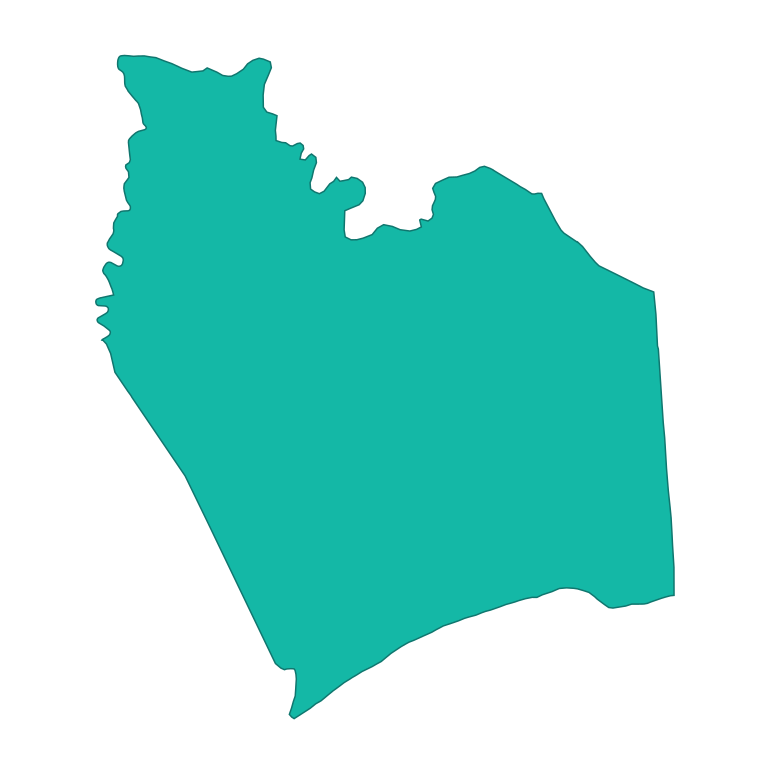 La Libertad, Santa Elena, Ecuador (orthographic projection), rotated 179°
{"feature_id": "8360857B88993978002865", "entity_name": "La Libertad", "entity_type": "district", "adm_level": 2, "iso_a3": "ECU", "parent_name": "Ecuador", "parent_adm1": "Santa Elena", "projection": "orthographic", "projection_center": [-80.886, -2.24], "detail": "fine", "context": "isolated", "style": "filled", "palette": "teal", "viewbox_px": 768, "rotation_deg": 179, "n_neighbors": 0, "source": "geoboundaries", "source_scale": "gbopen_adm2", "svg_char_len": 5277}
<svg xmlns="http://www.w3.org/2000/svg" viewBox="0 0 768 768"><g transform="rotate(179 384 384)"><path d="M644.8,708.3L644.6,705.8L644.1,704.3L643.4,703.2L641.1,701.6L639.7,700.4L638.7,698.7L638.1,696.4L638.0,693.7L638.0,690.0L637.9,688.5L637.5,686.3L635.1,682.2L635.0,681.9L634.6,681.1L632.6,678.6L630.9,676.4L627.0,671.6L626.6,671.4L624.6,668.8L622.6,662.5L621.9,658.3L621.7,657.3L621.0,654.4L620.6,651.0L620.5,650.0L620.4,649.3L619.8,648.1L617.9,646.0L617.5,645.3L617.3,644.8L617.2,644.2L617.4,643.6L617.8,643.1L618.5,642.6L619.8,642.2L625.0,640.9L626.4,640.2L627.7,639.5L628.6,638.8L631.5,636.4L634.0,633.8L635.1,632.1L635.3,630.0L634.3,618.3L633.7,612.6L634.8,609.8L638.3,607.5L638.6,605.8L638.2,604.1L635.8,600.7L635.4,595.0L637.0,592.8L639.1,590.1L640.1,588.8L640.5,586.6L640.7,584.3L640.3,581.1L638.3,572.3L637.0,569.9L635.0,567.0L634.5,565.8L634.5,564.8L634.6,563.4L635.4,562.1L637.1,561.6L638.2,561.6L641.5,561.5L644.0,561.1L646.4,559.4L647.0,559.0L647.5,558.0L647.5,556.3L649.7,552.8L651.3,549.9L651.4,549.6L651.7,546.3L651.8,544.2L651.6,543.5L651.5,541.8L651.8,540.5L652.2,539.0L653.5,537.1L655.9,533.8L657.3,531.2L658.1,529.9L658.3,528.8L658.2,527.2L657.7,525.9L656.7,524.1L655.0,522.7L653.2,521.7L644.5,516.3L643.5,515.3L642.9,514.5L642.6,513.5L642.5,512.3L642.7,511.4L643.1,509.7L643.5,508.4L644.4,507.2L645.0,506.8L646.0,506.4L647.3,506.3L648.5,506.6L655.0,510.3L656.9,510.6L658.5,510.1L659.9,508.9L662.0,505.8L662.5,504.7L663.2,502.6L663.0,501.3L662.2,499.4L660.5,497.5L659.3,495.6L657.8,492.8L656.8,490.4L655.2,485.9L654.3,483.7L653.3,480.0L652.8,477.7L666.4,475.0L668.1,474.4L669.2,473.9L669.8,473.6L670.0,473.3L670.4,472.8L670.5,472.2L670.7,471.4L670.6,470.3L670.4,469.4L670.2,468.9L669.6,468.2L669.1,467.8L668.3,467.4L662.0,466.9L660.7,466.7L659.8,466.3L658.8,465.3L658.5,464.8L658.3,464.2L658.3,463.3L658.4,462.5L658.8,461.4L659.3,460.6L660.1,459.9L661.3,459.1L668.4,455.2L669.0,454.7L669.3,454.2L669.6,453.7L669.7,453.2L669.6,452.2L669.1,451.1L668.7,450.6L668.1,450.1L663.0,446.9L658.0,442.8L657.4,442.2L657.0,441.6L656.8,441.2L656.7,440.5L656.9,439.4L657.4,438.2L657.8,437.7L659.6,436.3L662.4,434.7L664.3,433.7L664.9,433.4L665.3,432.8L664.1,432.5L660.8,428.8L656.8,419.3L652.8,400.4L640.2,381.1L637.3,377.0L636.1,374.8L584.4,295.5L562.9,249.2L497.4,106.4L492.0,101.7L488.5,100.1L486.2,100.8L482.1,101.0L479.0,100.8L477.9,99.3L477.1,95.3L476.8,90.5L477.1,86.9L477.5,81.6L478.2,73.6L480.1,68.3L482.1,61.6L484.4,55.3L482.1,52.6L479.7,51.0L463.4,61.1L457.9,65.4L452.4,68.4L445.7,73.8L440.3,78.1L436.0,81.1L431.7,84.2L429.3,86.0L426.3,87.8L423.2,89.6L421.4,90.8L415.9,93.9L411.0,96.9L400.7,101.7L396.4,104.1L391.6,106.6L387.9,109.6L381.8,114.5L371.5,121.1L367.2,123.5L363.6,125.4L358.7,127.2L349.0,131.4L344.7,133.2L340.5,135.0L336.2,137.4L332.6,139.2L328.9,141.1L319.2,144.1L313.7,145.9L307.6,148.3L303.4,149.5L296.1,151.3L290.0,153.7L286.4,154.9L281.5,156.1L272.4,159.1L265.7,161.5L260.9,162.7L256.6,163.9L253.0,165.1L246.3,166.9L239.6,168.1L234.8,168.0L229.3,170.5L219.6,173.5L215.3,175.3L212.3,176.5L205.0,177.0L197.7,176.4L194.1,175.8L188.0,173.9L182.6,172.0L177.1,167.7L174.7,165.3L167.5,159.7L163.2,156.6L159.0,156.0L150.5,157.2L146.2,157.8L140.2,159.6L133.5,159.5L128.0,159.5L124.4,160.1L121.4,161.3L115.9,163.1L110.4,164.9L106.2,166.1L101.3,167.3L97.7,167.6L97.7,167.8L97.3,195.6L98.3,217.7L98.7,230.1L99.3,245.3L100.1,255.5L101.6,272.4L103.0,294.4L104.3,325.2L105.5,341.0L106.7,365.3L108.0,392.1L109.1,414.2L109.9,417.2L110.9,448.8L112.7,471.3L123.1,475.5L131.3,479.9L149.9,489.6L167.0,498.4L170.6,502.0L175.5,507.9L183.1,518.0L188.6,523.2L187.8,522.1L201.5,531.7L204.4,534.9L209.5,543.7L221.0,566.6L223.0,571.6L223.1,571.8L226.8,572.0L230.3,571.3L232.8,571.5L235.0,573.0L239.2,576.0L244.4,579.0L247.7,581.3L265.7,592.5L270.9,595.8L271.0,596.0L271.5,596.3L274.1,597.7L279.8,599.9L284.5,598.9L289.4,595.4L294.9,593.0L302.1,591.2L307.5,589.7L315.4,589.6L321.8,586.9L329.0,583.6L331.9,578.8L330.7,574.8L330.6,574.6L329.1,570.7L329.4,567.7L330.9,564.4L332.4,561.4L332.9,557.4L331.6,552.7L333.1,549.0L337.1,546.2L344.0,548.2L345.3,547.5L345.4,547.2L343.9,540.4L348.8,538.0L355.5,536.5L365.2,538.0L372.9,541.4L381.6,543.3L387.9,539.9L393.2,533.6L402.3,530.2L408.6,528.7L414.4,528.7L420.2,531.7L421.2,538.9L420.7,548.2L420.2,557.9L414.4,560.3L405.7,563.7L401.9,567.6L399.4,574.9L399.4,580.7L401.9,586.1L407.2,590.0L413.0,591.4L415.8,589.0L421.2,588.0L424.5,587.5L427.9,591.4L430.8,587.5L434.7,585.1L440.5,577.8L445.3,575.4L450.1,577.3L454.0,580.2L454.4,586.5L452.5,591.4L450.6,599.2L447.7,606.5L448.2,611.8L452.5,615.2L454.9,613.7L458.8,609.4L464.1,610.3L462.7,616.2L460.2,620.5L460.7,623.9L463.6,626.4L466.5,625.9L471.3,623.5L473.8,623.9L478.1,626.9L482.0,627.3L487.7,629.3L487.7,633.7L488.2,639.5L486.3,654.1L490.6,656.0L496.4,657.9L499.8,662.8L499.8,675.0L498.4,685.6L494.0,695.4L491.1,702.2L492.1,708.0L498.8,710.9L503.2,711.9L509.5,709.9L514.8,706.5L519.1,701.2L525.9,696.8L531.2,694.4L534.6,694.4L539.9,695.3L545.6,698.7L555.3,703.1L559.6,700.2L564.9,699.7L570.7,699.2L580.4,703.1L590.5,708.0L598.2,710.9L606.4,714.3L612.0,715.1L617.9,716.2L624.3,716.2L628.7,716.0L633.4,716.6L637.8,717.0L640.3,716.8L641.6,716.6L642.4,716.2L643.2,715.4L643.7,714.5L644.4,712.6L644.7,710.3L644.8,708.3Z" fill="#14b8a6" stroke="#0f766e" stroke-width="1.5"/></g></svg>